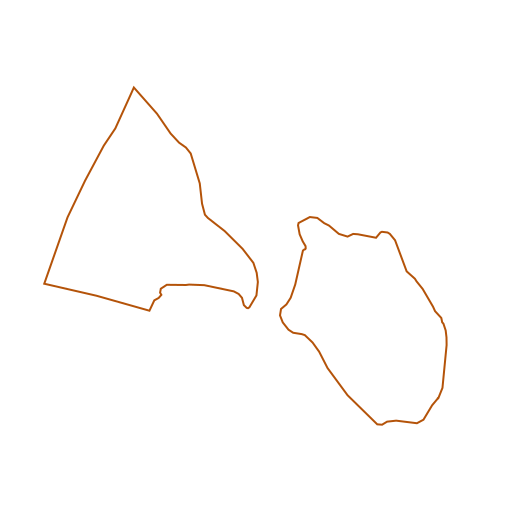 Ifira, Vanuatu (orthographic projection), rotated 99°
{"feature_id": "77236927B32680405740537", "entity_name": "Ifira", "entity_type": "district", "adm_level": 2, "iso_a3": "VUT", "parent_name": "Vanuatu", "parent_adm1": "", "projection": "orthographic", "projection_center": [168.294, -17.753], "detail": "fine", "context": "isolated", "style": "outline", "palette": "amber", "viewbox_px": 512, "rotation_deg": 99, "n_neighbors": 0, "source": "geoboundaries", "source_scale": "gbopen_adm2", "svg_char_len": 1430}
<svg xmlns="http://www.w3.org/2000/svg" viewBox="0 0 512 512"><g transform="rotate(99 256 256)"><path d="M326.7,352.7L315.7,349.5L312.7,345.6L309.2,343.4L307.2,345.0L303.2,344.9L298.4,339.6L295.6,320.7L294.7,317.6L292.9,302.5L294.4,272.4L296.2,267.2L299.5,263.3L306.4,260.3L308.7,257.1L308.8,255.7L307.7,254.5L294.9,249.4L281.4,250.1L272.5,252.7L263.2,257.5L251.0,270.4L236.3,290.8L226.0,309.4L223.2,312.9L212.7,317.5L193.1,322.9L165.0,336.5L159.8,342.2L156.1,349.7L148.4,359.5L131.0,376.0L108.7,403.0L117.2,405.3L152.0,414.9L170.8,423.6L208.3,436.6L247.3,448.2L316.5,460.8L320.2,407.3L326.7,352.7ZM292.5,215.5L299.1,218.4L304.4,223.0L310.9,223.0L317.4,219.2L323.7,212.4L326.0,207.3L326.0,198.6L326.5,195.4L332.6,186.6L339.9,179.4L340.3,178.9L355.5,167.8L379.2,143.8L403.3,109.9L402.9,105.1L399.1,100.6L398.4,98.0L396.7,91.8L396.0,70.9L391.5,65.0L375.9,58.7L368.7,54.4L368.0,54.2L368.0,53.7L357.1,51.2L314.2,53.8L306.7,55.1L299.9,57.0L293.5,60.3L292.4,61.7L288.2,63.3L282.5,70.5L278.4,73.2L262.5,86.2L255.9,93.5L253.6,95.5L250.7,100.0L247.6,104.8L218.7,121.1L213.2,127.3L212.2,129.7L212.4,135.4L213.3,136.8L219.2,140.3L218.6,158.7L219.0,163.5L222.5,168.6L221.2,177.6L214.5,188.7L212.9,193.8L208.8,201.4L209.1,208.9L216.7,219.1L219.1,219.3L227.7,216.3L234.3,212.1L238.5,208.6L240.7,208.1L241.6,208.4L241.9,209.2L243.3,210.5L256.8,211.4L278.1,212.8L291.7,215.2L292.5,215.5Z" fill="none" stroke="#b45309" stroke-width="2"/></g></svg>